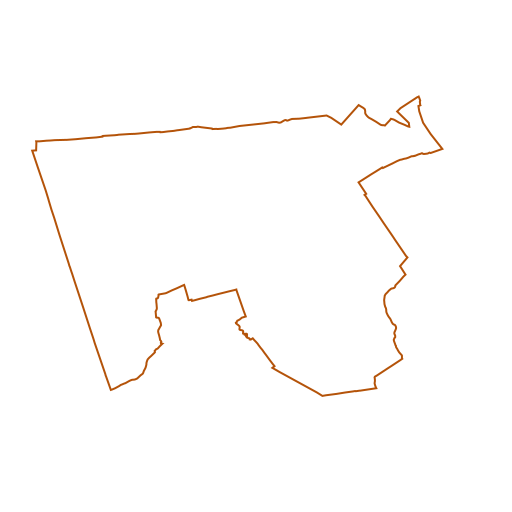 Ganeasa, Olt, Romania (Mercator projection), rotated 350°
{"feature_id": "2599482B6587162691160", "entity_name": "Ganeasa", "entity_type": "district", "adm_level": 2, "iso_a3": "ROU", "parent_name": "Romania", "parent_adm1": "Olt", "projection": "mercator", "projection_center": [24.248, 44.418], "detail": "fine", "context": "isolated", "style": "outline", "palette": "amber", "viewbox_px": 512, "rotation_deg": 350, "n_neighbors": 0, "source": "geoboundaries", "source_scale": "gbopen_adm2", "svg_char_len": 6043}
<svg xmlns="http://www.w3.org/2000/svg" viewBox="0 0 512 512"><g transform="rotate(350 256 256)"><path d="M382.2,382.6L382.0,381.9L382.4,379.6L382.4,379.2L380.3,375.8L379.3,373.3L378.9,371.9L378.5,371.0L378.2,370.3L378.1,369.5L378.2,368.7L377.8,367.9L377.7,366.8L377.4,365.3L377.1,363.4L377.1,362.5L378.1,360.8L378.6,360.5L379.0,360.1L379.1,359.5L379.2,358.9L379.2,358.4L379.1,357.9L378.9,357.2L378.8,356.7L378.8,356.1L379.0,355.5L379.1,355.1L379.5,354.6L380.1,353.7L381.1,352.1L381.4,351.5L381.5,351.0L381.5,349.8L381.1,348.5L380.6,347.8L379.9,347.5L379.4,347.0L378.9,346.5L378.2,344.7L378.0,343.9L377.8,342.9L377.2,340.9L376.5,339.7L376.1,338.8L375.6,337.6L374.9,335.2L374.7,334.2L374.7,333.3L374.7,332.6L374.9,331.9L374.9,331.0L374.9,330.1L374.4,328.3L374.3,326.9L374.2,326.3L374.2,325.4L374.4,323.3L374.5,321.9L374.7,321.1L375.7,318.1L375.8,317.6L376.1,317.2L376.7,316.4L377.1,316.0L379.1,314.6L380.8,313.2L381.3,312.9L382.7,312.1L383.0,311.9L383.7,311.6L385.4,311.6L385.9,311.5L386.4,311.4L386.9,311.2L387.5,310.7L387.9,310.0L388.1,309.2L393.1,305.6L397.6,301.9L400.0,300.3L396.1,291.0L404.9,283.7L403.7,281.9L395.8,264.4L393.8,259.8L387.3,245.5L384.4,238.9L379.3,227.7L374.7,216.9L374.4,216.1L373.5,214.7L375.3,213.9L369.8,201.3L383.3,195.7L393.6,191.6L395.7,190.7L396.2,191.4L407.3,188.3L411.2,187.1L414.6,186.3L416.2,186.3L418.6,186.0L420.8,186.0L423.3,185.6L426.0,184.9L427.0,184.8L427.7,185.0L429.0,184.9L429.0,185.0L429.8,185.0L433.8,184.1L435.9,183.9L437.0,183.6L437.5,183.7L438.4,184.5L439.2,184.7L440.3,184.8L442.6,184.9L443.3,184.8L444.8,184.3L445.8,184.9L458.1,182.9L449.2,166.3L443.7,153.8L441.9,141.9L442.0,136.5L444.0,136.1L443.9,135.8L444.0,134.9L444.1,133.0L444.1,132.6L444.7,131.5L444.2,128.5L444.0,127.8L443.9,127.3L443.7,127.4L442.9,127.5L442.4,127.6L424.0,135.5L420.1,138.2L429.6,151.4L429.4,155.3L428.2,154.8L424.9,152.5L420.1,149.5L416.1,146.1L414.9,145.3L412.7,144.3L411.6,145.4L405.6,149.9L405.2,149.6L403.7,149.2L402.9,149.1L402.5,148.9L401.5,148.4L399.2,146.2L397.5,144.6L393.5,141.2L391.4,139.6L390.5,138.6L389.3,136.8L388.6,135.2L388.4,134.8L388.4,133.9L388.7,132.3L388.7,130.7L388.6,130.3L387.4,128.8L384.4,126.2L383.3,125.2L362.8,141.4L354.1,133.0L349.9,129.9L331.1,128.8L328.7,128.7L324.1,128.4L322.6,128.3L318.9,127.8L317.6,127.6L315.3,127.3L313.7,127.5L311.0,128.1L310.3,128.1L310.1,128.1L309.0,127.3L308.5,127.2L307.7,127.3L306.7,127.6L303.6,128.8L302.2,128.8L301.7,128.7L299.4,127.6L298.6,127.5L298.2,127.4L296.2,127.1L291.0,126.9L287.2,126.8L262.3,125.1L253.0,125.2L250.3,124.9L248.5,125.0L245.5,124.8L240.3,124.3L239.6,124.1L238.9,123.9L235.1,123.4L235.0,123.0L234.7,122.8L224.5,119.7L221.7,118.7L221.0,118.5L220.0,118.6L219.0,118.5L216.2,118.0L214.8,118.5L213.9,118.7L213.0,118.8L212.9,119.0L212.5,119.0L201.6,118.6L200.2,118.5L196.8,118.5L190.5,118.0L185.8,117.8L183.2,117.5L183.0,117.1L179.8,116.5L172.4,115.8L161.6,115.0L158.2,114.7L152.6,113.9L147.1,113.3L141.9,112.7L140.2,112.7L137.6,112.5L128.2,111.4L126.1,111.2L125.6,111.3L125.5,111.8L119.3,111.5L109.4,110.5L99.0,109.7L90.2,108.8L78.2,107.0L73.0,106.5L70.0,106.1L62.9,105.5L59.4,104.9L59.4,105.1L59.5,105.5L59.2,107.2L57.8,113.8L53.9,113.4L56.5,130.7L59.7,151.2L60.3,155.1L61.3,163.2L61.6,166.2L62.6,174.8L63.9,183.5L66.1,201.0L70.3,231.2L70.5,233.4L70.7,233.9L71.5,239.5L71.8,241.2L72.9,249.3L76.9,276.9L79.9,298.4L81.4,308.5L81.7,310.7L82.0,313.4L87.1,346.1L87.2,347.6L87.4,348.4L89.1,358.5L89.8,362.7L91.1,362.5L94.2,361.8L98.7,360.3L100.4,359.5L102.0,359.2L103.7,358.8L104.7,358.6L105.2,358.6L109.1,357.2L110.8,356.7L112.5,356.4L114.8,356.6L115.8,356.5L117.4,356.1L117.9,355.9L121.7,353.4L123.8,352.4L124.5,351.7L125.6,349.7L127.5,347.3L128.1,346.3L128.8,344.8L129.2,343.9L129.5,342.5L130.0,341.3L130.9,339.7L131.4,339.0L131.9,338.6L133.2,337.6L135.3,336.3L139.3,333.6L139.8,333.1L139.7,331.9L141.6,330.4L142.4,330.3L143.2,330.0L145.5,328.2L148.3,326.3L147.3,326.1L147.3,325.9L147.2,325.4L147.3,325.1L147.3,324.8L147.8,324.5L147.8,324.4L147.9,324.2L147.7,323.6L147.7,323.4L147.6,323.1L147.0,322.1L147.0,321.9L147.0,320.1L146.9,318.9L146.8,317.2L146.5,314.6L146.5,313.4L146.7,312.6L147.1,311.7L147.5,311.3L148.0,310.7L149.0,309.4L149.9,308.4L150.5,307.6L150.6,305.4L149.9,301.4L149.7,300.5L149.3,300.0L148.6,299.7L147.6,299.5L147.0,299.1L147.5,293.1L147.8,292.9L149.0,291.1L149.3,290.1L149.7,286.0L149.8,284.1L150.1,282.0L150.2,281.0L150.3,280.8L150.5,280.6L151.5,280.6L151.9,280.5L152.1,280.3L152.5,279.7L153.1,278.1L153.3,277.1L153.5,277.0L160.1,277.0L161.1,276.9L161.9,276.7L167.3,275.2L171.7,274.2L173.3,273.8L178.2,272.5L180.2,272.0L180.4,273.3L181.0,278.4L181.6,284.1L181.8,287.0L181.9,287.7L182.2,287.9L185.0,287.8L185.2,289.1L188.1,288.9L193.3,288.4L199.8,288.0L201.3,287.7L206.3,287.4L212.3,286.9L216.8,286.6L223.8,286.1L228.9,285.8L230.8,285.6L230.8,286.2L234.4,308.3L235.3,313.2L235.4,313.8L231.3,314.3L229.1,315.6L227.2,316.3L226.5,316.4L226.1,316.8L225.8,317.1L225.6,317.7L225.4,318.0L224.6,318.2L224.6,318.8L225.5,319.9L226.4,320.8L227.2,321.8L227.5,322.4L227.6,322.6L227.5,323.5L227.0,325.1L227.0,325.5L227.3,325.9L227.6,326.1L229.3,326.7L229.9,327.1L230.2,327.5L230.3,327.9L230.2,328.3L229.8,329.9L229.8,330.1L229.9,330.3L231.4,330.7L233.1,330.9L233.4,331.1L233.5,331.3L233.6,331.5L233.4,332.0L231.5,331.4L231.3,331.3L231.1,331.4L231.1,331.5L232.4,332.0L233.2,332.4L233.3,332.5L233.3,332.8L231.9,332.3L232.4,333.7L232.8,334.6L233.0,334.7L233.5,335.1L234.5,335.7L234.8,336.0L235.0,335.9L235.7,336.7L236.1,337.2L236.0,337.3L236.3,337.4L236.5,337.3L238.5,336.5L238.8,337.0L239.8,338.7L240.9,340.3L242.4,342.7L242.8,343.7L243.4,344.9L244.5,347.1L245.9,349.5L247.6,353.1L248.5,354.8L251.5,360.9L253.5,364.8L255.1,367.7L252.7,369.0L259.0,374.3L292.2,400.9L297.1,405.3L300.8,405.3L311.5,405.8L319.5,405.9L319.9,405.9L327.7,406.2L330.2,406.2L330.7,406.5L334.5,406.6L335.2,406.7L351.5,407.1L351.2,406.0L350.9,404.5L350.7,402.5L350.7,401.9L351.4,399.8L351.6,398.5L351.7,397.3L351.7,396.4L351.7,396.1L352.1,395.5L354.5,394.6L366.5,389.4L370.1,387.9L379.6,383.8L382.2,382.6Z" fill="none" stroke="#b45309" stroke-width="2"/></g></svg>